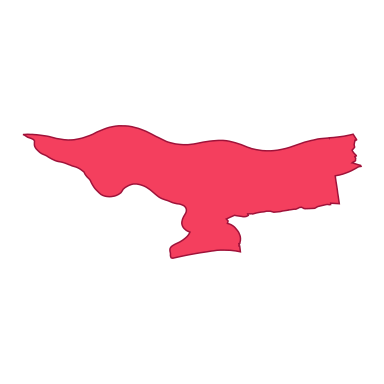 outline of Zaltbommel, Gelderland, Netherlands
{"feature_id": "6326949B96926910837809", "entity_name": "Zaltbommel", "entity_type": "district", "adm_level": 2, "iso_a3": "NLD", "parent_name": "Netherlands", "parent_adm1": "Gelderland", "projection": "robinson", "projection_center": [5.161, 51.782], "detail": "fine", "context": "isolated", "style": "filled", "palette": "rose", "viewbox_px": 384, "rotation_deg": 0, "n_neighbors": 0, "source": "geoboundaries", "source_scale": "gbopen_adm2", "svg_char_len": 5797}
<svg xmlns="http://www.w3.org/2000/svg" viewBox="0 0 384 384"><path d="M353.1,134.2L351.6,134.6L349.4,135.1L344.0,136.2L338.7,136.9L333.5,137.5L329.2,137.8L329.2,138.0L329.1,137.9L328.2,138.0L321.1,138.6L320.2,138.7L317.8,139.0L313.3,140.1L311.2,140.5L304.5,142.2L301.1,143.4L297.6,144.6L289.5,147.4L286.0,148.4L281.6,149.4L277.3,150.2L273.6,150.6L272.3,150.7L270.7,150.8L266.5,150.8L262.4,150.6L261.0,150.4L256.0,149.6L253.8,149.1L251.5,148.6L250.3,148.1L247.5,147.2L241.4,144.7L235.8,142.9L233.6,142.3L229.2,141.2L226.2,140.7L222.8,140.4L219.3,140.4L217.2,140.5L212.2,140.9L209.4,141.2L206.7,141.6L203.3,142.1L197.5,143.3L193.8,144.0L192.1,144.2L187.9,144.7L187.4,144.7L186.8,144.7L184.3,144.7L183.5,144.7L180.9,144.5L178.7,144.3L175.3,143.9L172.0,143.1L170.3,142.7L167.8,142.0L166.0,141.3L158.5,137.6L155.9,136.4L151.6,134.1L146.0,131.3L140.9,129.3L138.1,128.3L134.9,127.5L131.9,126.7L128.2,126.1L125.4,125.9L119.0,125.8L115.9,126.1L112.9,126.6L112.0,126.8L109.5,127.3L106.8,128.1L104.1,129.1L101.4,130.2L96.8,132.1L95.3,132.9L93.1,134.1L89.5,135.6L84.0,137.5L82.1,138.1L79.0,138.8L78.0,139.0L74.2,139.7L72.0,139.9L68.1,140.0L64.1,139.7L63.5,139.6L60.4,139.1L56.5,138.5L53.5,137.7L48.9,136.5L47.3,136.2L46.8,136.1L40.4,135.2L37.9,134.9L36.3,134.7L34.4,134.6L32.3,134.4L30.1,134.4L28.2,134.3L27.0,134.3L26.0,134.4L23.7,134.5L23.0,134.6L24.3,135.0L27.6,137.2L31.1,138.4L32.8,139.2L33.5,139.6L34.1,140.3L34.5,141.0L34.4,142.6L34.4,145.0L34.7,146.3L35.4,147.7L36.3,149.0L38.2,150.9L39.7,152.3L41.4,153.5L43.1,154.3L44.8,155.0L46.5,155.8L48.8,157.3L51.6,158.9L53.3,159.7L55.0,160.5L56.7,161.1L58.2,161.5L60.1,161.8L61.6,162.1L63.5,162.6L65.0,163.1L67.1,163.9L68.8,164.6L70.3,165.1L72.1,165.9L75.6,166.9L77.2,167.5L78.8,168.3L80.6,169.4L82.2,170.6L84.0,172.0L85.0,174.1L85.9,175.4L87.0,176.8L88.5,178.3L89.6,179.4L90.5,180.8L91.0,182.0L91.7,183.4L92.5,184.8L93.3,186.1L94.2,187.5L95.2,188.8L96.5,190.2L97.7,191.4L99.1,192.8L100.6,194.1L101.1,194.5L102.8,195.4L104.5,196.0L106.2,196.4L108.0,196.6L109.7,196.7L111.3,196.6L113.1,196.3L114.7,196.0L116.4,195.4L118.1,194.6L119.1,194.0L120.9,192.7L121.9,191.3L122.7,190.0L123.2,189.2L124.9,187.7L126.5,186.7L128.3,185.7L129.8,185.0L130.0,185.0L131.6,184.4L133.4,184.0L135.1,184.0L136.7,184.0L138.4,184.3L138.8,184.4L140.2,184.7L142.1,185.3L143.4,185.8L144.2,186.1L145.6,186.8L146.2,187.1L147.9,188.2L148.7,188.8L149.1,189.0L150.2,189.8L152.0,191.3L155.6,194.4L157.2,195.7L158.9,197.0L160.6,198.0L162.3,198.8L165.7,200.0L167.4,200.5L169.2,201.2L170.8,201.9L172.5,202.6L174.3,203.1L176.0,203.5L176.8,203.7L177.7,203.8L179.4,204.0L181.1,204.5L182.8,205.2L184.0,205.8L185.4,207.2L186.1,208.5L186.4,209.8L186.3,211.2L186.0,212.5L185.3,213.8L184.5,215.2L183.7,216.5L183.1,217.8L182.5,219.2L182.2,220.5L181.9,221.8L181.8,223.2L182.0,224.5L182.4,225.8L183.1,227.2L184.1,228.5L186.3,230.4L188.0,231.3L190.0,232.1L189.1,233.8L188.2,235.2L187.1,236.5L185.7,237.8L184.6,238.7L182.9,240.0L181.2,241.1L179.5,242.1L176.1,243.7L174.5,244.5L172.2,245.9L170.8,247.2L170.1,248.5L169.9,249.9L170.0,251.2L170.3,252.6L170.5,253.9L170.4,255.2L170.6,256.5L171.1,257.7L171.3,257.9L172.8,258.2L179.6,256.7L184.7,255.6L189.3,254.7L194.8,253.7L200.0,252.8L206.8,251.8L211.8,251.0L213.6,250.8L216.9,250.3L218.6,250.2L220.4,250.1L223.7,250.1L227.1,250.2L230.5,250.3L232.2,250.5L233.9,250.7L235.6,250.9L240.4,251.8L239.7,246.0L239.0,246.0L239.0,245.1L239.0,244.9L239.2,244.7L239.1,244.3L238.9,243.6L239.8,243.5L240.1,241.7L240.3,240.9L240.4,240.4L240.4,239.8L240.5,239.0L240.5,238.9L240.4,237.7L240.3,236.8L239.9,235.3L239.4,234.1L239.1,233.3L238.4,231.9L238.0,231.4L237.7,230.9L236.5,229.4L234.9,227.5L234.4,227.0L233.4,226.2L232.9,225.8L231.9,225.2L230.9,224.6L230.1,224.3L229.4,224.0L228.5,223.7L227.4,223.4L228.1,221.0L226.3,219.0L230.4,217.1L234.5,215.3L236.6,215.7L241.6,216.4L242.1,216.5L243.0,216.7L244.0,216.7L244.6,216.7L245.5,216.6L246.4,216.4L246.7,216.3L248.3,215.4L247.7,214.0L247.8,214.0L247.8,213.9L251.2,213.8L251.9,213.8L252.1,213.8L252.4,213.9L252.6,214.0L256.6,212.9L257.1,212.8L259.7,212.3L260.9,212.1L264.0,211.8L266.1,211.3L266.4,211.2L268.8,211.2L270.3,211.2L273.8,212.2L280.1,211.6L280.7,211.5L282.5,211.0L286.0,210.5L288.5,210.1L288.5,209.9L290.3,209.8L293.4,209.3L294.1,209.2L295.5,209.2L295.9,209.2L296.2,209.0L297.7,208.4L298.1,208.2L299.0,207.7L299.4,207.5L300.9,207.3L301.2,207.2L301.4,207.3L301.6,207.3L302.1,207.5L303.6,208.3L304.1,208.6L304.4,208.6L304.9,208.6L305.0,208.7L305.5,208.7L308.7,208.6L308.8,208.6L313.1,208.4L314.6,208.3L314.9,208.2L315.1,208.1L317.7,206.6L318.0,206.5L325.6,204.7L325.9,204.6L326.2,204.6L327.2,204.4L329.4,204.7L329.8,204.7L330.1,204.6L330.4,204.5L330.6,204.5L330.6,203.2L339.3,203.7L338.8,200.4L338.5,198.3L338.3,196.8L338.3,196.6L338.1,195.7L337.9,194.2L337.8,193.8L337.6,192.3L337.4,190.5L337.3,189.9L337.0,187.9L336.2,182.6L336.1,182.3L335.4,177.2L335.2,175.8L335.3,175.7L335.9,175.7L337.2,175.4L339.5,175.0L341.2,174.5L342.8,174.1L343.6,173.8L345.6,173.1L346.7,172.7L349.0,171.8L351.0,170.9L352.0,170.4L353.5,169.6L356.1,168.2L357.9,167.1L358.8,166.8L359.5,166.5L360.1,166.6L360.4,166.5L360.7,166.3L361.0,166.3L360.6,165.4L360.0,165.2L358.4,164.8L354.1,163.4L352.3,162.8L352.2,162.8L352.5,162.5L352.7,162.4L353.7,161.8L354.3,161.5L355.2,161.0L355.3,160.9L355.4,160.7L355.5,160.6L355.5,159.6L355.7,158.4L355.6,158.1L354.9,156.9L354.7,156.6L354.8,156.5L356.3,155.9L356.2,155.4L356.0,155.2L355.9,155.1L355.5,154.8L355.2,154.5L355.0,154.2L354.6,153.8L353.6,152.7L353.4,152.4L352.5,151.1L352.3,150.7L352.1,150.2L352.3,149.8L352.6,149.6L353.1,149.1L353.7,148.3L354.4,147.6L354.5,147.4L354.6,147.2L354.6,146.8L354.4,146.2L354.2,145.0L354.2,144.8L354.1,144.6L354.3,143.8L354.4,143.1L354.6,142.0L354.9,140.4L355.0,140.2L355.6,140.5L356.6,139.8L356.4,139.3L353.1,134.2Z" fill="#f43f5e" stroke="#9f1239" stroke-width="1.5"/></svg>